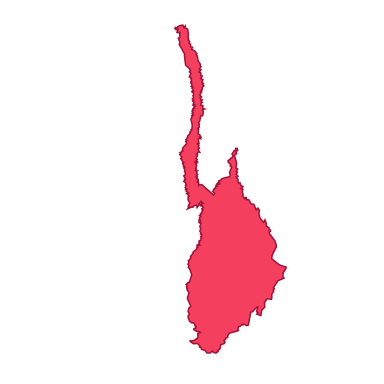 Huatusco, Veracruz, Mexico (Albers equal-area conic projection), rotated 245°
{"feature_id": "50627088B83258114022778", "entity_name": "Huatusco", "entity_type": "district", "adm_level": 2, "iso_a3": "MEX", "parent_name": "Mexico", "parent_adm1": "Veracruz", "projection": "albers", "projection_center": [-96.897, 19.146], "detail": "fine", "context": "isolated", "style": "filled", "palette": "rose", "viewbox_px": 384, "rotation_deg": 245, "n_neighbors": 0, "source": "geoboundaries", "source_scale": "gbopen_adm2", "svg_char_len": 6079}
<svg xmlns="http://www.w3.org/2000/svg" viewBox="0 0 384 384"><g transform="rotate(245 192 192)"><path d="M50.9,202.1L55.5,205.4L56.9,209.3L61.4,211.2L63.5,215.1L61.2,218.5L61.6,219.2L65.9,221.3L67.3,224.0L69.2,224.4L69.4,225.8L70.9,225.5L75.2,232.3L75.1,239.1L77.1,238.5L80.5,240.8L81.2,242.4L82.1,242.8L82.1,243.9L84.1,245.6L89.0,240.4L97.7,236.1L100.6,237.7L106.6,245.2L108.2,245.9L112.4,246.5L121.7,244.6L123.3,245.2L123.2,246.5L124.1,247.0L126.0,246.2L127.0,246.7L129.8,245.0L132.2,246.1L135.9,246.4L134.2,244.2L139.4,242.6L144.1,243.4L146.8,245.4L149.6,244.9L148.6,242.6L154.7,242.9L156.0,240.7L160.8,240.3L162.1,238.0L164.1,238.9L164.5,238.0L163.8,237.0L166.8,236.2L167.7,237.1L171.3,237.8L172.6,239.1L174.4,237.8L174.4,239.3L175.5,240.5L177.3,239.0L180.1,239.4L180.2,238.3L181.2,237.9L184.4,239.1L186.9,238.3L186.9,240.3L189.4,239.7L190.8,241.6L192.0,240.8L193.5,243.1L195.4,242.0L199.0,244.6L207.3,246.0L207.9,248.7L209.9,248.9L210.5,251.1L212.5,251.4L213.1,250.1L211.8,249.4L211.6,247.7L209.5,244.3L207.6,244.4L206.7,243.7L205.1,237.9L203.7,237.4L200.4,238.7L199.4,237.5L197.8,238.5L193.9,234.2L191.0,233.8L190.0,232.5L191.3,226.4L191.3,223.9L190.4,223.0L190.8,221.0L190.1,220.4L189.4,220.9L189.2,219.3L188.6,219.9L188.6,218.4L187.7,219.7L187.8,217.4L186.7,217.3L187.5,216.4L186.4,215.1L185.3,215.1L185.5,213.2L183.6,211.0L181.4,212.0L180.1,210.3L194.5,204.0L195.6,201.9L195.2,200.8L197.8,202.0L198.6,201.0L199.0,202.1L199.6,201.8L200.0,202.7L201.2,202.9L202.1,201.9L203.0,202.8L203.9,202.2L203.9,203.2L204.8,202.9L205.4,204.4L206.3,203.9L207.2,204.7L209.0,204.7L209.0,205.7L210.2,204.4L210.6,205.7L211.7,205.4L214.1,207.5L215.1,207.0L216.0,208.4L217.2,207.7L217.0,209.1L218.0,208.1L217.7,209.7L219.0,209.4L219.2,210.5L220.9,209.8L222.2,211.8L223.3,211.7L223.4,212.8L224.7,212.7L225.5,215.0L224.9,215.8L227.9,215.5L228.8,216.3L228.6,217.2L230.5,217.0L231.2,217.9L233.3,217.1L233.9,217.8L233.0,218.9L237.1,219.9L237.6,221.0L236.7,222.2L238.4,222.0L237.6,223.3L240.5,223.2L242.1,222.2L246.1,224.5L247.1,223.9L247.7,226.1L249.4,226.4L249.9,227.3L252.3,227.4L252.8,228.8L257.2,232.0L256.7,233.9L259.4,236.0L262.2,236.5L261.9,238.5L263.2,237.1L265.8,238.4L267.1,236.6L269.0,238.2L268.9,239.2L270.2,238.7L271.1,240.2L272.0,238.8L273.2,239.6L274.2,239.3L274.2,240.9L276.8,240.0L277.3,241.4L278.5,241.8L278.6,243.1L280.0,242.8L280.4,244.6L282.3,245.4L283.2,247.7L284.8,247.0L285.4,248.2L287.4,247.3L289.3,249.4L291.1,247.7L292.7,250.4L293.6,249.4L296.6,250.3L297.9,249.0L298.9,251.8L300.5,250.5L301.6,253.1L303.2,252.8L304.1,253.6L308.3,253.0L313.1,254.3L314.7,253.9L315.3,254.9L318.6,254.2L321.4,251.9L322.9,253.7L324.1,252.1L326.6,253.2L327.8,251.9L329.3,253.5L331.5,252.8L332.1,253.8L334.2,253.9L336.4,255.4L341.5,256.9L343.2,255.3L345.4,256.2L344.6,254.2L347.1,254.3L347.8,252.0L347.9,248.9L347.0,248.1L348.2,246.5L347.4,245.6L345.9,246.1L345.4,248.1L343.1,245.8L342.6,246.0L341.7,248.5L339.7,247.1L337.2,246.6L337.2,244.6L332.3,244.2L331.4,242.8L319.6,243.6L319.2,242.9L309.7,239.8L305.1,241.7L302.5,241.8L301.9,240.4L300.0,241.2L297.5,238.2L296.7,239.3L295.9,238.8L294.9,239.5L294.2,238.6L292.9,238.5L292.3,237.3L291.6,238.0L291.2,237.1L289.0,237.3L288.0,235.9L286.7,237.2L286.2,235.8L285.4,236.4L283.9,236.1L283.3,234.7L282.6,235.8L282.1,234.5L281.3,235.2L279.1,234.4L279.0,233.6L276.5,233.2L276.4,231.8L274.2,232.2L274.3,231.0L272.1,231.6L271.1,230.1L269.9,231.2L269.9,229.8L268.2,230.9L268.0,229.6L266.9,229.6L267.3,228.3L266.6,227.4L265.3,227.7L265.6,226.6L264.7,225.9L263.6,226.7L262.8,225.1L261.3,225.8L261.2,223.9L260.4,224.1L258.5,221.8L252.8,220.6L248.8,218.4L248.8,217.3L247.5,217.1L247.2,215.4L245.9,215.0L244.6,211.7L243.6,211.3L242.0,208.6L240.8,209.0L240.5,207.6L239.2,208.0L238.1,207.4L235.8,202.1L232.8,200.7L233.4,199.6L232.3,199.0L232.6,197.7L231.8,197.9L231.3,196.7L227.9,197.6L227.1,195.8L223.4,196.5L222.1,195.7L221.9,196.4L221.4,195.4L219.3,195.7L218.4,194.5L218.7,195.5L217.3,196.1L217.1,194.8L214.6,194.7L213.6,193.8L212.5,194.2L210.3,193.0L210.1,191.3L206.6,191.7L206.6,190.5L205.8,190.6L205.1,189.0L204.1,189.8L201.2,190.0L200.9,188.9L199.8,188.9L198.7,187.6L197.8,188.1L196.9,187.2L196.6,188.4L194.9,187.0L193.0,188.2L192.7,186.6L191.9,187.9L191.4,187.1L189.3,187.7L189.3,186.4L186.5,185.1L183.0,185.4L181.0,182.7L180.1,183.2L178.6,180.9L178.6,184.9L177.8,186.3L178.7,187.4L178.2,190.5L175.7,190.1L178.1,193.8L178.8,193.6L178.9,195.5L179.7,196.2L177.5,197.2L178.2,196.0L176.4,195.6L176.9,194.5L176.1,193.7L174.7,195.5L173.1,195.6L172.7,194.0L171.4,194.3L171.5,193.5L170.3,193.7L169.7,192.4L168.9,192.4L168.9,190.6L167.8,190.4L167.5,188.9L166.3,189.8L165.5,187.8L164.7,187.9L164.0,186.8L162.9,187.5L163.0,186.6L162.0,186.7L162.5,186.2L161.9,185.5L161.3,186.6L160.7,185.9L159.9,187.1L157.3,184.4L155.5,184.6L153.0,182.5L151.2,182.8L150.3,181.9L149.5,183.0L148.4,182.4L148.2,181.4L147.5,181.7L147.7,181.2L144.7,179.8L144.8,178.0L143.9,178.0L143.7,176.9L141.9,176.9L141.8,175.4L140.7,176.1L141.5,174.4L140.9,174.5L140.8,173.6L139.3,173.9L139.4,172.6L138.3,172.1L137.1,167.5L136.0,167.2L134.3,163.4L133.2,163.4L132.0,161.9L131.3,159.6L130.3,159.9L128.0,157.7L126.5,158.1L125.2,156.8L123.3,157.4L117.1,156.8L111.2,151.4L111.7,150.5L110.8,147.6L109.4,148.4L108.7,147.1L107.2,146.6L106.7,147.1L105.2,146.1L102.1,146.8L97.5,142.8L88.8,142.6L88.3,140.4L86.7,138.9L85.2,137.9L82.7,138.1L81.2,136.0L79.6,135.4L75.8,135.2L73.6,136.3L72.9,137.9L71.5,138.5L68.5,138.1L68.4,138.9L67.1,137.9L67.2,135.7L66.1,135.6L63.1,137.8L62.7,139.2L61.2,140.3L61.1,137.2L57.8,136.0L57.2,134.8L56.6,131.6L57.1,128.7L58.1,127.7L57.4,127.1L53.8,129.2L52.6,132.7L49.3,134.1L48.2,133.3L47.5,134.3L45.2,134.2L43.0,136.8L39.7,137.6L38.4,140.6L39.4,143.0L37.7,143.5L35.8,145.7L36.6,148.4L37.4,148.2L37.8,150.8L41.4,153.6L41.0,157.2L42.1,158.6L43.2,158.0L44.3,158.7L44.2,159.9L45.4,161.1L45.0,162.8L47.0,163.9L48.2,166.4L46.8,174.8L47.2,175.9L48.5,175.7L50.2,177.2L50.0,179.3L50.8,181.3L49.9,181.9L50.3,183.3L47.8,185.1L47.6,186.9L58.2,194.4L57.9,196.3L60.3,202.0L60.1,203.0L56.2,200.0L54.5,200.7L54.0,199.1L50.9,202.1Z" fill="#f43f5e" stroke="#9f1239" stroke-width="1.5"/></g></svg>